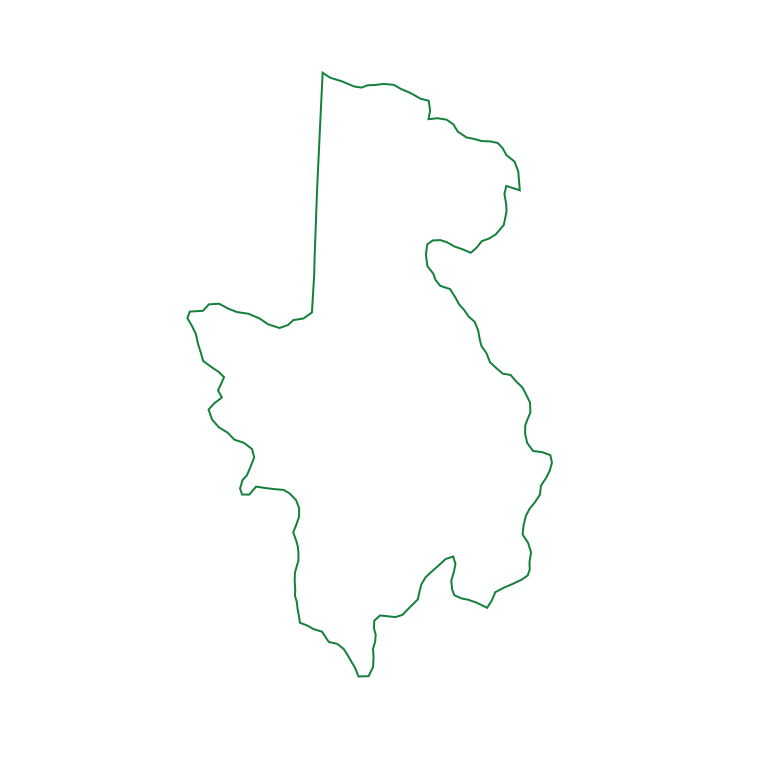 Alvarenga, Minas Gerais, Brazil, rotated 293°
{"feature_id": "56859067B30296109157485", "entity_name": "Alvarenga", "entity_type": "district", "adm_level": 2, "iso_a3": "BRA", "parent_name": "Brazil", "parent_adm1": "Minas Gerais", "projection": "robinson", "projection_center": [-41.705, -19.42], "detail": "fine", "context": "isolated", "style": "outline", "palette": "green", "viewbox_px": 768, "rotation_deg": 293, "n_neighbors": 0, "source": "geoboundaries", "source_scale": "gbopen_adm2", "svg_char_len": 2638}
<svg xmlns="http://www.w3.org/2000/svg" viewBox="0 0 768 768"><g transform="rotate(293 384 384)"><path d="M615.4,433.3L623.4,429.1L632.3,424.4L639.7,417.3L642.6,407.1L647.4,401.1L650.3,394.5L648.9,387.2L645.8,379.0L644.8,371.4L643.2,363.6L645.2,353.2L650.0,346.6L651.8,338.4L649.6,329.5L645.2,321.5L653.8,319.6L662.2,314.4L660.9,306.2L662.2,294.5L662.2,284.5L663.2,276.1L660.0,266.2L655.8,259.1L652.6,252.2L648.1,247.6L646.2,240.3L646.2,227.5L644.9,214.8L646.5,205.9L540.1,245.2L472.5,271.0L457.7,276.9L421.7,289.7L412.9,284.3L407.4,275.6L400.7,272.5L394.7,265.9L393.7,253.9L395.7,244.0L395.7,231.8L392.8,220.7L392.5,211.1L393.5,200.9L388.9,191.7L380.6,188.7L377.7,182.8L374.7,176.9L367.8,177.3L362.0,185.0L356.5,191.3L348.2,197.2L340.8,203.5L334.6,208.5L331.9,219.6L330.6,227.1L327.8,234.1L320.3,234.0L313.3,233.7L308.2,240.0L299.9,235.3L291.9,232.5L284.1,239.6L279.6,248.9L278.1,259.1L274.3,268.0L275.1,277.9L272.6,287.9L265.7,293.2L255.4,293.5L246.4,293.5L240.3,291.3L231.7,292.3L226.8,296.5L229.5,303.1L239.6,306.4L241.8,315.2L244.4,324.1L247.3,333.0L246.4,339.9L242.8,348.4L236.5,354.4L228.5,357.7L219.1,358.3L211.9,358.4L205.6,364.3L200.5,368.3L194.8,371.4L188.0,374.2L175.6,375.7L167.2,379.0L160.6,382.4L154.1,384.9L149.3,388.9L143.9,391.9L137.5,396.1L131.4,400.0L131.7,407.7L130.8,414.8L131.8,423.7L125.0,433.9L126.5,442.5L124.4,450.3L120.3,456.4L115.8,462.3L111.3,468.4L104.8,474.8L109.0,484.0L119.2,484.5L128.3,481.2L135.9,477.4L143.9,476.4L150.0,474.3L155.3,470.1L162.5,467.5L169.4,470.8L171.7,478.3L173.9,485.6L178.6,491.1L188.0,494.8L199.0,499.3L206.8,497.8L214.1,496.7L222.4,497.8L230.4,501.4L237.7,504.9L247.1,509.2L252.2,515.1L246.1,520.2L238.5,521.7L229.1,522.8L221.5,527.0L217.0,531.3L216.9,539.1L218.3,545.7L218.9,554.3L218.3,566.4L226.9,567.8L235.9,567.8L244.1,574.6L250.2,580.5L257.6,587.1L263.9,591.1L270.0,590.7L276.9,587.5L286.4,585.2L293.9,578.9L299.6,570.4L309.1,567.5L318.2,566.1L326.2,566.8L333.6,569.0L343.0,570.8L351.8,568.2L361.4,570.0L369.0,570.4L377.1,569.4L383.5,564.9L383.1,556.5L380.6,547.3L385.7,538.8L393.5,533.2L401.1,530.2L406.9,529.9L414.9,529.9L423.9,525.7L430.3,518.4L434.8,512.9L438.3,504.0L441.8,497.0L439.9,489.3L442.4,481.6L445.4,473.1L452.4,466.3L456.9,459.0L462.0,455.0L470.0,449.8L476.7,443.2L479.3,435.2L483.3,429.1L486.6,422.1L491.8,415.5L497.2,407.7L496.3,397.5L499.8,390.9L504.8,386.3L509.3,378.0L519.6,371.9L529.5,369.3L535.2,372.8L538.5,379.7L539.1,386.4L538.1,395.2L538.7,404.1L538.7,412.6L546.2,416.2L553.6,418.1L559.1,424.0L565.4,428.4L577.2,432.1L584.9,430.6L591.4,429.1L597.1,426.3L606.0,420.6L614.1,419.2L615.4,433.3Z" fill="none" stroke="#15803d" stroke-width="2"/></g></svg>